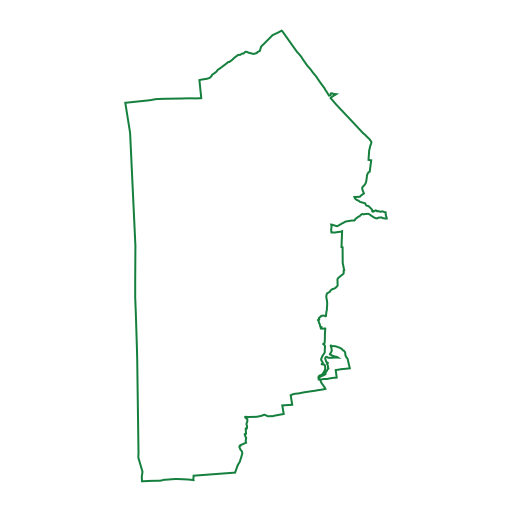 outline of Dragoesti, Vâlcea, Romania
{"feature_id": "2599482B56632768650185", "entity_name": "Dragoesti", "entity_type": "district", "adm_level": 2, "iso_a3": "ROU", "parent_name": "Romania", "parent_adm1": "Vâlcea", "projection": "natural_earth1", "projection_center": [24.313, 44.81], "detail": "fine", "context": "isolated", "style": "outline", "palette": "green", "viewbox_px": 512, "rotation_deg": 0, "n_neighbors": 0, "source": "geoboundaries", "source_scale": "gbopen_adm2", "svg_char_len": 6012}
<svg xmlns="http://www.w3.org/2000/svg" viewBox="0 0 512 512"><path d="M324.4,345.0L323.2,344.0L323.3,343.8L324.1,343.7L324.3,343.6L324.6,342.7L324.7,342.0L324.9,337.5L324.9,334.2L325.3,328.5L325.1,328.4L323.2,328.7L321.4,328.6L321.0,328.6L320.8,328.4L320.7,327.7L320.8,327.4L322.3,327.2L320.8,326.9L320.3,326.6L320.2,326.4L319.8,324.2L318.9,322.7L318.8,321.7L318.6,320.8L318.0,320.1L318.2,319.9L318.9,319.8L319.2,319.6L319.2,319.1L318.8,318.5L318.8,318.3L320.0,317.0L320.6,316.8L320.8,316.4L321.1,316.0L322.9,315.6L323.4,315.6L324.3,315.7L325.6,316.3L325.8,316.2L326.1,315.0L326.1,314.1L326.3,313.3L326.3,312.2L326.9,309.7L326.9,307.6L327.1,306.2L327.2,303.1L327.1,302.1L326.9,300.1L326.4,298.1L326.3,296.7L326.4,295.5L326.9,293.6L327.1,293.4L329.8,291.8L330.0,291.5L330.6,290.5L331.3,289.8L332.7,289.0L334.1,288.6L334.7,288.4L335.4,287.9L336.3,287.1L337.5,285.7L337.7,285.0L337.5,283.0L337.6,281.8L337.4,280.0L337.6,278.9L338.0,278.3L338.9,277.4L343.4,273.8L343.6,273.4L343.7,272.9L343.6,270.9L343.6,270.7L343.9,270.4L344.2,270.3L342.7,262.9L342.6,247.3L341.5,247.1L342.1,231.2L340.9,231.7L338.0,232.0L335.0,232.5L334.4,232.6L332.3,232.4L331.5,232.5L331.2,230.7L331.2,229.0L331.5,227.3L331.5,226.0L331.2,224.6L332.2,224.7L335.8,225.9L336.7,226.1L337.4,226.1L339.1,225.2L342.1,223.4L343.3,222.9L344.9,221.9L345.8,221.5L352.1,220.5L354.4,220.5L354.8,220.2L355.3,219.1L355.5,218.8L356.4,218.3L357.8,217.1L359.7,216.1L361.1,214.7L362.2,214.0L362.6,214.0L363.3,214.3L363.9,214.3L365.1,214.0L366.0,214.0L367.6,213.8L368.5,213.9L369.5,214.4L371.7,216.0L374.8,217.9L376.6,218.4L377.1,218.4L378.6,217.6L379.8,217.6L380.9,217.4L381.6,217.4L382.4,218.0L383.8,218.3L384.8,218.5L386.7,218.5L386.6,217.5L385.8,215.2L385.7,213.4L385.7,212.4L384.4,212.1L383.2,211.6L382.3,211.4L380.4,211.8L379.7,211.5L379.1,211.3L378.4,211.3L377.7,211.0L377.2,211.3L377.0,211.2L376.9,210.9L376.7,210.8L375.7,210.4L373.9,211.3L373.6,211.6L373.4,211.6L373.4,211.2L373.2,211.0L372.4,211.4L372.2,211.1L372.1,210.1L371.9,209.5L370.1,207.6L368.5,206.1L367.1,205.8L366.4,205.5L365.7,204.6L365.1,203.3L360.1,201.9L358.4,200.6L356.7,199.9L355.1,198.6L354.4,197.0L359.8,196.8L361.0,195.5L363.9,193.5L363.3,191.9L362.3,189.4L362.2,187.8L362.8,186.7L364.1,185.5L365.1,184.2L366.1,182.0L366.8,177.5L367.0,175.1L368.3,172.5L369.7,171.7L371.2,160.3L368.5,159.9L369.2,150.3L369.8,148.1L370.1,146.3L370.3,145.6L371.0,144.0L371.4,142.4L371.4,142.1L370.8,141.0L369.5,139.2L368.9,138.6L366.4,136.2L365.1,134.8L363.0,133.1L352.3,121.6L339.6,108.2L335.8,104.1L330.6,98.0L330.7,97.8L332.5,96.4L336.2,94.2L334.6,94.0L333.9,94.2L333.3,94.0L333.2,93.8L332.3,93.4L331.3,93.3L331.0,93.3L330.8,93.6L330.7,94.4L330.4,95.2L329.8,95.5L329.0,95.6L326.8,92.0L325.2,89.7L324.5,88.1L324.0,87.6L320.1,82.3L317.5,78.5L316.3,76.6L313.0,72.7L310.3,69.0L307.4,65.8L303.3,60.0L301.2,56.7L298.9,53.9L297.0,51.9L282.3,31.2L281.9,31.1L281.6,30.7L277.8,32.7L272.6,35.1L267.6,40.2L266.1,41.6L264.2,43.6L261.6,46.1L261.1,46.7L259.8,51.0L257.5,52.0L257.2,52.7L255.4,53.5L253.2,53.9L248.6,52.7L247.1,52.0L246.3,51.8L245.6,51.8L244.9,52.2L244.2,53.0L243.4,53.5L242.2,53.6L241.6,54.0L240.0,54.9L238.2,54.9L234.9,57.3L232.1,59.9L229.3,62.0L228.3,62.0L225.3,64.4L220.1,68.3L217.6,70.0L216.8,71.2L215.8,72.2L212.1,74.8L211.6,75.9L210.6,77.1L209.4,78.0L206.9,78.8L201.4,79.6L199.4,80.1L201.1,96.5L201.2,98.2L195.9,98.4L187.9,98.3L182.1,98.5L163.9,98.8L156.0,99.1L150.2,100.2L125.3,102.8L130.1,132.9L135.4,245.7L135.2,280.5L135.2,297.7L135.8,312.8L136.9,347.4L137.2,358.9L138.5,452.8L138.3,457.5L142.5,471.8L141.8,476.4L142.0,481.3L150.4,480.9L160.2,480.7L162.3,480.3L163.8,479.8L166.3,479.7L172.2,479.2L175.8,479.0L179.7,479.1L188.1,479.5L193.5,480.1L193.3,479.0L193.5,477.6L193.6,475.7L235.1,472.6L237.7,465.2L237.9,465.1L238.4,464.0L239.7,462.0L241.6,456.0L242.3,453.3L242.2,452.3L241.9,451.4L241.7,451.1L240.6,449.9L240.3,449.1L239.6,447.6L239.4,447.1L239.4,446.7L239.7,446.1L239.7,445.8L239.8,445.6L240.0,445.6L240.2,445.8L240.4,445.8L240.8,445.0L241.1,444.8L243.1,444.1L244.3,443.4L246.1,442.7L245.8,441.5L245.7,440.8L246.2,437.9L245.4,436.4L244.9,435.1L244.7,434.2L245.0,434.0L245.7,434.1L246.0,433.7L245.7,428.5L246.0,428.4L246.7,428.6L246.9,428.3L247.1,426.4L246.5,424.3L246.5,423.7L246.6,423.3L247.3,421.7L247.3,420.2L247.4,419.3L247.3,419.1L246.5,418.6L245.5,417.8L245.2,417.2L245.2,416.9L245.7,416.8L248.2,417.0L256.6,416.8L261.2,415.9L264.3,414.7L267.4,416.0L268.0,416.3L271.3,416.1L272.0,416.3L275.4,415.5L283.7,414.0L282.3,405.4L292.2,404.8L290.7,395.2L293.1,394.2L295.4,393.7L298.2,393.5L304.2,392.3L311.6,391.2L314.6,390.8L317.3,390.3L322.7,389.5L325.4,388.9L324.8,387.6L321.5,383.0L320.1,379.9L323.3,379.0L327.1,379.0L330.3,378.3L332.8,377.9L336.7,377.6L335.7,370.1L341.8,369.1L346.6,368.7L349.8,368.3L347.6,358.8L347.5,358.6L347.2,358.1L346.4,357.5L346.1,356.6L345.5,355.5L345.1,352.4L344.9,352.0L343.9,350.7L342.9,350.3L342.0,349.1L340.4,348.1L339.3,347.6L336.5,346.6L335.2,346.2L332.6,346.1L332.0,346.0L331.0,345.5L330.8,345.5L330.7,345.7L330.7,346.1L331.3,347.4L331.8,350.6L331.3,351.9L329.9,354.1L329.9,354.4L333.4,356.1L335.6,356.7L336.9,356.9L338.0,357.6L335.4,357.5L331.0,357.8L328.4,357.8L327.8,357.5L326.8,356.9L326.5,356.8L326.2,356.9L325.7,357.3L325.3,357.9L325.2,358.7L325.5,359.5L325.7,360.1L326.4,362.1L326.8,362.4L327.5,362.5L327.8,362.8L327.8,363.0L327.6,363.0L327.1,363.1L327.0,363.5L328.0,366.2L327.9,367.8L328.0,368.0L328.4,368.3L328.1,368.8L327.7,369.4L327.3,369.8L326.9,370.7L325.3,373.0L325.3,373.3L325.6,374.0L325.2,374.4L324.6,374.5L324.1,375.0L320.0,376.8L319.7,377.1L319.2,379.3L318.7,379.4L318.4,377.2L318.5,376.9L319.2,375.8L319.3,375.7L321.2,375.0L321.9,374.6L322.4,374.1L323.5,372.7L324.5,370.8L325.0,369.7L325.1,369.1L325.2,368.1L325.1,366.6L325.0,365.9L324.6,364.9L324.1,364.5L322.1,364.4L321.7,364.0L321.8,363.8L322.5,363.4L322.7,363.1L322.8,362.8L322.2,361.5L321.5,360.7L321.3,360.2L321.1,359.4L321.8,357.4L322.5,355.8L324.4,353.1L324.8,352.0L324.8,349.6L325.0,346.9L324.9,345.8L324.4,345.0Z" fill="none" stroke="#15803d" stroke-width="2"/></svg>